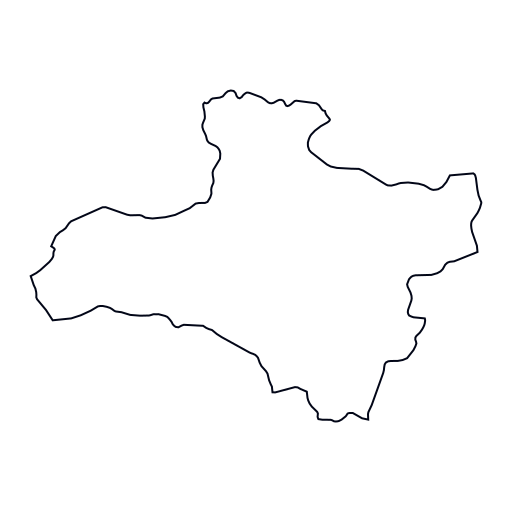 map outline of Dzavhan (Natural Earth projection)
{"feature_id": "MNG-3318", "entity_name": "Dzavhan", "entity_type": "Province", "adm_level": 1, "iso_a3": "MNG", "parent_name": "Mongolia", "parent_adm1": "", "projection": "natural_earth1", "projection_center": [96.384, 48.303], "detail": "fine", "context": "isolated", "style": "outline", "palette": "ink", "viewbox_px": 512, "rotation_deg": 0, "n_neighbors": 0, "source": "natural_earth", "source_scale": "10m", "svg_char_len": 4167}
<svg xmlns="http://www.w3.org/2000/svg" viewBox="0 0 512 512"><path d="M230.8,90.5L233.7,91.0L235.6,93.1L236.5,95.8L237.9,97.7L239.7,98.3L241.8,97.0L242.6,95.8L243.6,94.7L244.6,93.9L245.7,93.1L246.8,92.6L247.9,92.6L249.0,92.8L250.1,93.1L261.3,97.3L264.7,99.5L267.9,102.2L269.6,103.1L271.6,103.3L273.6,102.8L277.3,100.7L279.2,99.9L281.4,99.9L282.9,100.5L284.1,101.8L285.1,103.9L286.2,105.7L287.5,106.1L289.0,105.6L290.6,104.6L294.6,101.1L296.3,100.7L316.3,103.3L319.0,105.3L321.8,109.4L322.9,110.4L325.0,111.0L325.1,111.5L325.3,112.3L325.6,113.4L326.1,114.3L326.7,115.4L329.5,118.8L329.9,119.8L329.2,121.0L327.5,122.4L320.9,126.1L314.9,130.7L311.3,134.5L310.3,135.9L309.3,138.0L308.7,139.6L307.9,142.5L307.9,144.8L308.0,146.4L309.2,150.0L311.1,152.2L326.9,164.5L330.7,166.5L336.9,167.9L351.1,168.7L358.8,168.9L363.2,170.6L386.2,184.7L387.8,185.4L391.4,185.6L396.3,184.4L398.7,183.5L400.8,183.0L408.1,182.5L418.6,183.7L423.9,185.2L426.7,186.7L430.0,188.8L431.7,189.5L433.3,189.9L436.2,189.6L438.2,189.2L442.4,186.8L446.4,182.0L449.9,175.4L473.3,173.4L474.7,174.5L475.3,175.8L475.9,178.0L477.4,189.7L478.6,195.5L480.5,200.4L481.3,202.2L481.2,203.5L479.9,207.9L478.7,210.6L477.4,213.1L472.1,220.6L471.5,221.9L471.2,223.4L471.1,225.5L471.4,228.4L472.1,231.9L476.9,245.7L477.5,252.0L454.2,261.3L449.7,261.8L447.4,262.7L445.2,264.7L442.7,269.2L440.5,271.4L437.2,273.2L431.4,274.9L415.5,275.3L413.2,275.8L411.4,276.7L410.0,278.1L409.0,279.3L407.1,284.3L407.7,286.8L410.5,292.5L411.5,295.9L411.7,298.5L411.3,300.7L408.1,309.8L407.8,312.1L408.2,313.9L409.1,315.5L411.5,316.6L413.6,317.3L424.8,318.4L425.0,319.2L425.1,320.0L425.1,320.9L424.7,323.6L424.2,325.3L423.3,327.3L422.0,329.6L419.8,332.7L416.4,335.9L415.4,337.5L415.3,339.7L416.0,341.5L416.4,343.5L415.4,346.3L413.4,350.2L407.1,358.2L402.7,360.0L397.9,360.9L390.8,361.0L388.2,361.3L385.9,362.5L384.7,364.4L384.2,367.1L383.9,370.1L383.2,373.0L371.7,405.1L368.4,412.1L368.0,414.1L368.2,419.6L362.1,418.3L356.5,415.1L352.8,413.0L349.5,413.0L348.2,413.3L347.6,413.6L347.3,414.0L346.2,415.7L345.6,416.4L341.6,419.6L338.9,421.0L337.7,421.3L335.8,421.5L334.8,421.4L334.0,421.3L332.2,420.3L331.0,419.9L330.5,419.8L322.2,419.7L318.4,419.1L318.0,418.2L317.6,416.8L317.9,413.5L317.2,411.9L311.8,406.6L309.6,403.5L308.2,400.4L307.5,397.9L306.8,391.7L300.3,388.9L297.7,387.4L295.0,387.1L275.2,392.4L272.5,392.3L271.9,386.6L270.8,384.4L269.1,380.3L267.5,373.6L266.0,371.2L261.5,366.2L259.7,362.7L258.0,357.8L256.9,356.4L255.3,354.9L252.7,353.7L251.6,353.4L249.5,352.5L221.8,337.2L216.8,334.0L212.1,330.1L211.3,329.8L208.9,329.1L206.2,327.9L203.1,325.8L183.8,324.8L181.6,325.6L178.4,327.3L175.7,326.9L174.4,326.0L173.5,325.1L172.6,324.0L171.7,322.1L170.4,320.3L168.7,318.3L167.3,316.9L165.0,315.9L158.5,314.2L156.3,314.3L153.9,314.2L153.2,314.3L150.4,315.2L149.1,315.5L140.2,315.7L130.2,314.9L121.4,312.2L116.1,311.5L115.3,311.3L114.3,310.8L111.9,309.0L110.0,307.9L106.7,306.8L102.8,306.0L100.1,306.0L97.9,306.4L90.7,310.7L80.7,315.3L71.2,318.4L52.7,320.3L46.0,310.0L37.1,299.3L36.3,297.4L36.4,294.7L36.2,292.1L35.4,288.6L33.7,285.0L30.7,276.1L36.2,273.1L40.2,270.2L49.3,262.0L51.8,259.0L53.0,256.9L53.2,256.2L53.4,255.3L53.4,253.6L53.5,252.7L53.6,252.0L54.0,251.0L54.2,250.7L54.4,250.4L54.5,250.1L54.7,249.6L54.5,249.0L54.4,248.6L53.5,247.8L51.2,246.3L55.8,236.0L59.9,232.1L62.9,230.3L65.6,228.2L69.0,223.3L71.1,221.3L102.5,207.3L105.7,207.2L127.1,214.7L130.3,215.3L139.5,215.1L141.7,215.6L145.1,217.5L145.5,217.7L152.5,218.5L165.3,217.2L175.2,214.9L184.4,210.6L189.7,208.2L195.6,203.6L198.9,203.0L205.1,202.9L207.5,201.9L210.2,197.4L211.4,193.8L211.4,192.8L211.2,189.6L211.5,187.6L212.2,185.5L213.3,183.1L213.6,180.9L213.3,178.3L212.8,175.7L212.6,172.5L213.4,169.7L220.0,158.8L220.3,153.6L219.7,150.8L218.8,149.1L217.4,147.3L215.6,146.0L210.9,143.8L208.7,142.5L207.4,140.8L206.9,139.7L206.0,135.9L205.1,133.8L203.3,130.2L202.4,127.2L202.4,124.7L203.1,122.6L204.5,119.3L204.8,118.5L204.8,118.1L204.9,116.6L204.4,111.5L203.4,107.3L203.2,104.2L204.5,102.6L204.8,102.8L206.3,103.3L207.8,103.0L209.0,101.9L211.0,99.4L212.5,98.5L219.8,97.6L222.8,96.4L225.6,93.1L227.8,91.3L230.8,90.5Z" fill="none" stroke="#020617" stroke-width="2"/></svg>